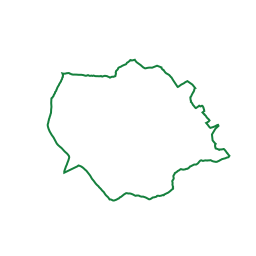 Mbarali, Mbeya, United Republic of Tanzania, rotated 234°
{"feature_id": "72390352B36245556910711", "entity_name": "Mbarali", "entity_type": "district", "adm_level": 2, "iso_a3": "TZA", "parent_name": "United Republic of Tanzania", "parent_adm1": "Mbeya", "projection": "orthographic", "projection_center": [34.247, -8.278], "detail": "fine", "context": "isolated", "style": "outline", "palette": "green", "viewbox_px": 256, "rotation_deg": 234, "n_neighbors": 0, "source": "geoboundaries", "source_scale": "gbopen_adm2", "svg_char_len": 5720}
<svg xmlns="http://www.w3.org/2000/svg" viewBox="0 0 256 256"><g transform="rotate(234 128 128)"><path d="M129.3,50.2L126.7,64.7L126.8,65.2L126.6,65.7L126.7,65.9L126.4,66.1L126.2,66.4L124.4,67.5L123.8,67.8L123.4,67.8L122.9,68.1L120.7,68.6L119.4,68.8L118.0,69.2L112.4,69.4L111.6,69.4L108.1,69.0L105.4,69.2L102.1,69.2L100.3,69.4L98.0,69.9L97.0,69.8L95.7,70.1L94.6,70.2L94.3,70.3L92.8,70.3L90.6,70.7L89.8,70.8L89.1,70.6L86.7,70.6L84.5,71.0L83.6,71.2L81.0,71.1L80.9,71.3L80.5,71.9L79.8,72.4L78.1,73.3L77.5,74.2L77.3,74.8L77.1,75.7L76.8,76.5L76.7,78.2L76.4,78.9L76.4,79.2L76.7,80.6L76.5,81.1L76.4,82.1L76.6,86.0L76.5,86.8L76.4,88.1L76.1,88.6L74.7,89.9L74.0,91.0L72.8,92.0L71.0,93.1L69.6,93.7L68.6,94.4L68.2,95.5L67.0,97.0L65.6,97.7L65.0,98.2L64.5,98.6L63.6,99.9L61.5,101.4L60.1,102.1L58.0,103.1L57.7,103.5L57.5,103.9L57.3,105.0L57.2,106.0L57.3,106.9L57.1,107.4L56.5,108.5L55.7,110.7L56.0,111.5L55.9,111.9L55.5,112.6L54.5,113.5L53.7,115.2L53.4,116.5L53.2,116.8L52.6,117.3L52.6,117.6L52.9,118.1L52.9,118.4L52.6,119.6L52.5,120.8L52.2,121.7L52.1,123.0L52.2,125.6L52.3,126.4L52.4,126.9L52.3,128.5L52.4,128.8L52.9,128.9L53.3,129.1L53.5,129.6L53.9,129.9L54.8,130.1L56.3,130.8L56.6,131.2L57.7,132.0L58.1,132.2L58.6,132.3L59.1,132.7L59.4,133.2L59.5,133.8L60.0,134.9L60.5,135.5L61.9,136.1L62.6,136.6L63.7,139.1L64.0,139.4L63.8,141.2L63.8,141.9L64.0,142.9L63.8,143.8L63.8,144.3L63.7,144.6L63.8,146.3L63.6,146.7L62.9,147.2L62.8,147.3L62.5,147.6L61.9,148.1L61.0,149.8L60.8,150.5L60.8,150.9L60.6,151.3L60.2,151.7L60.2,152.3L59.9,153.2L60.1,153.9L60.1,154.7L60.4,155.5L60.0,156.9L60.0,157.4L59.8,158.4L59.7,159.5L59.5,160.1L58.7,161.2L58.3,161.9L58.3,163.9L58.7,165.2L59.0,166.5L59.1,167.3L59.0,167.8L58.8,168.3L57.4,169.2L57.2,169.5L56.8,170.6L56.1,171.9L55.1,172.9L54.8,173.7L54.2,174.4L53.5,175.8L53.3,176.0L52.2,176.5L51.8,176.7L50.8,177.4L48.9,179.2L48.6,179.7L48.2,180.7L48.2,181.3L47.9,182.4L47.8,183.9L47.6,185.1L47.6,185.6L46.8,187.7L46.3,188.9L46.0,190.5L45.3,192.1L45.9,193.7L47.6,193.5L49.2,193.6L49.9,193.5L49.9,193.4L52.0,193.5L52.5,193.4L53.6,193.4L54.6,193.2L54.9,192.9L55.0,192.4L56.0,190.5L56.7,189.7L56.7,188.9L57.5,188.6L58.0,188.3L59.5,187.3L59.9,186.9L60.2,187.0L60.8,187.3L61.1,187.3L61.5,187.4L61.7,187.7L62.4,187.9L62.6,188.2L63.3,188.6L63.6,189.6L64.4,189.4L67.6,189.2L68.3,189.2L73.4,192.1L76.0,198.2L76.5,202.4L77.1,202.6L77.6,202.7L77.9,202.0L78.2,199.5L78.8,197.2L79.7,194.7L80.0,194.6L81.3,194.4L83.5,194.4L84.0,194.4L84.6,194.3L86.1,194.2L85.9,195.1L86.0,195.5L86.0,196.1L85.8,196.9L86.2,198.4L87.5,198.4L88.9,198.1L90.7,197.9L91.7,198.1L93.2,197.9L93.9,197.9L93.9,197.7L95.0,197.6L96.8,197.4L96.9,199.7L97.4,199.8L97.7,200.1L98.3,200.4L99.2,200.6L100.4,201.1L102.2,201.2L102.6,200.7L102.7,200.3L102.7,199.6L102.9,199.5L103.1,199.1L104.2,198.7L104.1,197.4L104.2,194.6L104.3,194.5L105.2,194.3L106.9,194.3L108.7,194.1L110.0,194.4L111.5,194.4L112.1,194.2L112.3,194.4L112.9,194.9L113.3,194.9L114.2,195.3L115.4,196.0L116.2,196.5L116.2,196.9L116.6,197.9L117.5,199.4L118.1,200.7L118.3,201.2L118.6,201.6L118.7,202.3L119.0,202.6L119.1,203.0L119.6,203.7L120.0,204.0L120.4,204.6L121.1,205.6L121.0,205.8L125.3,205.6L131.0,203.6L131.4,201.1L131.3,200.0L131.6,197.6L131.8,197.1L131.8,193.3L131.9,192.4L132.2,192.3L140.0,192.6L143.4,192.9L143.9,192.7L146.5,192.5L148.3,191.8L149.7,191.1L151.1,190.8L153.4,190.8L154.1,190.6L154.3,190.8L155.2,190.3L156.5,190.2L157.3,190.7L161.3,188.1L162.6,183.0L162.8,182.7L163.6,181.8L164.6,180.3L165.3,178.9L165.9,177.4L166.2,176.9L166.5,176.7L167.6,176.2L168.2,175.9L168.5,175.9L169.1,175.7L169.5,175.7L170.3,175.4L170.9,175.4L176.3,173.6L178.6,173.5L179.2,173.6L179.6,172.6L180.1,171.3L180.3,171.0L180.5,170.7L180.7,170.4L181.4,170.2L181.6,169.5L181.3,168.9L181.3,167.5L181.2,166.8L181.4,165.6L180.8,164.1L180.8,163.5L181.2,162.4L181.5,160.8L181.7,160.1L181.8,158.1L182.2,156.8L182.3,155.8L182.2,155.3L182.1,155.1L181.7,154.6L181.5,154.2L181.3,153.4L181.2,152.3L181.0,151.7L180.5,151.3L180.3,150.8L180.1,150.7L178.9,150.1L178.8,149.7L178.2,149.2L178.0,148.9L177.6,148.5L177.4,148.3L177.4,148.1L177.8,147.4L177.8,146.6L178.1,146.2L178.5,145.8L178.7,145.3L179.1,144.7L179.2,143.4L179.5,142.9L180.4,142.6L181.6,141.8L182.5,141.4L182.9,140.8L183.4,140.4L183.5,140.3L184.0,139.6L184.8,137.3L185.0,137.2L186.0,136.7L186.1,136.2L186.3,135.7L186.8,135.2L187.3,134.4L187.8,133.9L188.3,133.1L188.7,132.7L189.2,132.0L190.0,131.4L190.4,131.2L190.7,130.9L191.0,129.9L191.2,129.7L191.8,129.3L192.4,128.1L192.9,127.5L194.2,126.8L194.5,126.2L194.6,125.4L195.3,124.3L196.4,123.4L196.8,123.2L198.5,121.5L200.0,119.4L201.8,117.3L202.7,116.1L203.2,115.3L203.8,114.6L204.3,114.3L204.7,113.8L205.7,113.4L206.0,113.0L206.9,112.7L207.3,112.3L207.5,112.1L208.2,110.8L208.3,110.7L209.0,108.9L210.0,107.6L210.7,107.0L209.2,106.6L208.8,106.4L208.5,106.1L208.3,105.7L207.8,105.5L207.5,105.2L207.5,104.8L207.1,104.1L206.4,103.5L206.1,102.8L205.8,102.0L205.0,101.1L204.8,100.2L204.4,99.4L203.8,97.9L203.4,97.5L203.0,96.4L202.4,95.0L201.9,94.1L201.4,93.5L201.1,92.7L200.4,91.9L200.0,90.9L199.9,90.1L199.0,89.2L198.5,87.6L197.8,86.8L197.6,86.4L197.5,85.7L197.0,84.7L197.1,84.0L197.0,83.5L196.4,83.0L193.3,80.5L190.1,78.5L187.8,76.4L187.1,75.9L185.9,74.9L185.5,74.6L184.6,73.3L183.8,72.4L183.4,71.7L182.1,70.1L181.6,69.2L180.9,68.6L180.0,67.4L179.5,67.0L178.0,65.1L177.2,64.5L176.1,64.0L174.1,63.3L171.2,62.6L167.3,62.2L164.1,62.2L157.1,61.2L156.1,61.4L155.7,61.3L154.8,61.5L152.1,62.1L151.7,62.3L149.9,62.6L149.2,62.7L149.2,62.8L149.2,62.7L148.8,62.7L146.7,62.9L145.1,63.2L143.4,63.6L142.8,63.7L140.3,63.8L139.6,63.5L139.1,63.4L138.6,63.0L136.9,60.8L135.5,58.6L135.1,58.0L134.4,57.1L133.2,54.9L132.5,54.1L132.3,53.6L132.0,53.3L131.5,52.5L130.3,50.9L129.3,50.2Z" fill="none" stroke="#15803d" stroke-width="2"/></g></svg>